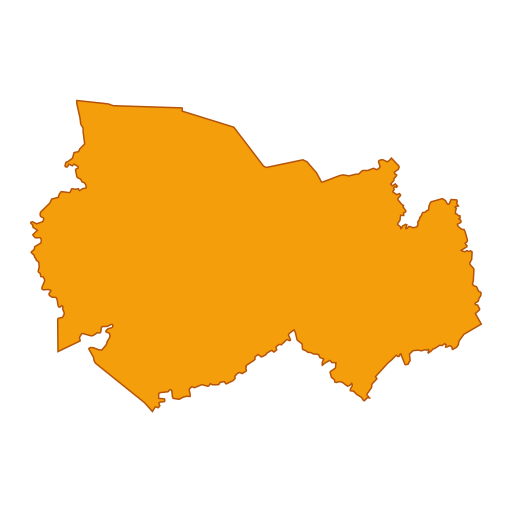 an SVG outline of Novosibirsk
{"feature_id": "RUS-2403", "entity_name": "Novosibirsk", "entity_type": "Region", "adm_level": 1, "iso_a3": "RUS", "parent_name": "Russia", "parent_adm1": "", "projection": "mercator", "projection_center": [80.57, 55.289], "detail": "fine", "context": "isolated", "style": "filled", "palette": "amber", "viewbox_px": 512, "rotation_deg": 0, "n_neighbors": 0, "source": "natural_earth", "source_scale": "10m", "svg_char_len": 6000}
<svg xmlns="http://www.w3.org/2000/svg" viewBox="0 0 512 512"><path d="M101.9,350.0L106.3,344.7L107.2,341.6L109.7,337.4L109.9,335.5L109.5,333.7L108.7,332.9L106.4,332.2L105.8,331.3L106.4,330.2L108.2,328.7L111.8,327.7L112.6,326.9L112.9,325.2L112.3,324.5L111.2,324.4L107.2,326.4L102.2,326.6L101.3,327.7L100.8,332.0L100.0,332.9L97.2,332.8L93.4,335.4L91.4,335.9L82.5,333.5L81.6,333.9L79.9,336.7L79.5,337.9L80.2,340.9L58.0,351.6L57.7,319.3L58.2,318.3L62.5,317.4L64.0,314.6L64.2,312.8L62.6,308.8L63.0,306.9L62.6,306.2L61.6,305.6L60.1,307.1L58.7,306.9L58.0,305.1L57.3,300.6L56.5,298.0L55.7,297.4L52.0,297.2L49.3,295.4L49.0,293.6L50.9,290.9L50.7,290.2L48.3,289.5L43.2,289.8L42.0,289.0L41.9,287.3L44.0,282.6L44.6,280.7L44.6,279.7L43.3,277.0L40.7,276.5L40.3,273.6L38.3,271.9L38.2,270.8L39.2,267.4L38.9,262.9L38.4,261.7L36.2,260.2L35.9,258.6L34.7,257.4L34.0,255.1L31.2,252.5L31.4,251.8L34.1,249.6L34.8,246.6L40.9,243.0L41.3,240.5L40.8,238.3L40.1,237.7L35.3,237.8L33.0,235.3L32.9,234.6L37.4,230.3L32.9,227.2L32.9,225.4L30.9,223.3L30.7,222.8L31.1,222.1L32.6,221.8L36.5,223.8L42.7,221.7L43.5,219.8L43.7,218.5L43.3,217.8L41.1,216.8L40.3,215.8L40.1,213.5L40.8,211.9L49.9,203.0L51.6,199.1L58.4,197.3L59.2,194.2L61.2,191.6L69.2,192.6L70.3,192.0L71.3,189.4L71.9,188.7L75.7,189.3L78.5,188.7L78.9,190.1L79.5,190.6L83.0,188.5L85.7,188.2L86.3,187.6L85.8,184.9L84.5,182.8L82.1,181.9L80.5,179.1L77.6,177.7L76.9,176.8L75.5,169.9L75.8,169.2L78.2,168.0L78.1,166.8L77.8,166.4L74.1,164.1L72.4,165.8L69.0,164.2L67.4,166.8L66.6,167.1L65.3,166.6L65.0,165.5L65.9,162.4L68.0,161.5L72.5,158.2L74.0,152.6L78.5,151.6L79.7,149.0L84.7,143.9L83.1,131.9L83.1,128.6L82.8,127.4L81.6,125.8L80.7,123.8L80.0,117.9L76.8,103.7L76.8,100.5L108.1,103.9L113.3,105.7L182.1,107.9L182.3,111.2L233.8,127.2L263.5,166.1L266.2,167.5L302.9,159.8L307.0,161.8L316.5,172.8L321.4,181.9L322.5,182.1L339.9,175.5L343.3,174.9L349.0,175.9L355.7,174.2L357.9,174.2L359.0,173.8L361.7,171.1L362.8,170.5L367.7,170.5L373.5,168.3L376.7,169.7L378.8,168.5L380.1,166.6L378.5,161.9L378.6,161.2L379.2,160.5L381.0,159.8L383.0,159.8L387.3,161.8L389.5,160.3L391.4,158.1L398.9,166.1L399.1,167.4L398.3,169.3L394.3,172.3L395.0,174.0L396.6,174.8L396.6,175.6L393.9,178.8L393.9,180.4L390.7,184.1L392.4,185.9L395.2,183.9L397.4,186.2L396.4,187.3L394.8,186.7L393.9,187.5L393.7,188.3L394.2,189.4L392.9,191.3L392.9,192.0L396.8,194.7L399.4,193.6L400.4,194.6L400.5,195.6L397.9,198.5L397.9,199.7L401.7,204.3L403.5,205.5L403.1,206.9L405.9,211.0L405.6,211.9L403.6,212.9L403.8,215.5L400.6,215.3L399.9,220.5L397.8,223.2L397.6,224.2L397.8,224.7L400.5,226.8L400.8,228.5L401.5,228.2L402.6,226.0L405.7,224.3L406.9,224.9L405.9,227.7L405.9,228.6L407.2,228.3L408.8,226.5L409.4,226.4L413.1,227.7L416.6,227.0L417.9,225.0L417.8,222.0L419.3,219.7L419.9,217.4L421.6,215.2L422.2,213.3L422.8,212.5L425.2,212.2L426.7,210.7L428.5,210.0L429.1,205.6L430.4,202.6L431.2,201.8L442.4,198.6L445.5,200.6L447.2,203.7L448.3,204.3L449.3,203.6L451.1,199.5L456.7,199.9L457.3,201.7L456.6,202.9L456.7,203.5L458.4,206.0L455.2,206.7L455.2,207.3L456.3,208.4L455.6,210.8L455.4,213.6L456.9,214.1L458.3,215.6L459.9,215.8L460.2,217.7L459.0,218.7L459.0,219.0L460.6,220.1L461.1,221.6L460.6,222.6L457.4,224.2L457.5,225.3L458.7,226.9L461.6,229.2L464.2,229.6L465.5,233.0L467.4,239.9L467.3,241.1L466.9,241.9L465.2,243.1L465.6,244.3L467.0,245.7L466.9,246.7L461.2,250.3L462.3,251.1L464.8,251.7L467.1,250.7L468.7,251.5L470.6,250.8L472.1,251.9L471.7,259.4L469.7,263.2L470.1,264.6L473.7,268.6L473.9,269.6L473.4,279.3L473.2,281.3L472.4,283.8L473.6,285.7L476.5,286.7L478.6,291.2L480.5,292.1L481.1,293.0L480.8,295.7L479.2,297.9L478.2,301.3L475.7,302.7L475.0,303.7L475.5,304.5L477.7,305.1L479.7,309.1L479.1,310.2L475.4,313.6L481.3,324.1L463.9,334.3L459.0,341.1L458.3,344.9L456.6,347.2L452.7,349.5L452.2,349.1L452.0,347.1L450.2,345.8L449.1,345.9L447.4,346.9L445.6,347.1L446.0,344.6L444.6,343.7L442.2,345.5L439.6,345.3L434.9,348.4L433.0,349.0L431.1,351.1L428.3,353.0L428.0,352.4L428.9,350.2L428.6,349.5L426.5,350.2L424.8,349.8L421.6,350.8L418.1,350.2L413.1,350.6L409.5,354.0L410.1,360.8L409.0,362.0L408.4,364.0L405.8,364.8L404.9,364.2L400.8,353.9L399.9,354.3L399.4,356.0L398.6,356.5L397.5,356.4L396.8,355.4L396.1,355.3L391.4,360.1L388.3,362.6L375.5,376.6L376.9,378.8L372.3,383.7L371.6,385.2L371.8,386.2L371.3,387.9L366.9,394.2L366.9,394.8L369.5,397.9L367.3,397.8L364.3,400.8L363.3,400.2L361.4,397.3L356.7,394.4L353.6,391.2L350.3,390.7L350.4,389.0L352.1,386.1L352.2,384.4L351.7,383.4L349.6,385.4L347.5,386.2L342.7,382.6L341.0,381.8L338.4,381.8L336.7,382.5L335.0,382.2L334.2,379.5L331.4,377.3L330.1,372.5L330.4,371.5L335.5,368.0L335.9,362.7L331.8,362.6L330.7,361.1L329.6,360.4L324.8,363.2L322.3,365.3L322.1,364.7L322.4,362.0L323.6,359.0L319.9,357.5L318.7,354.8L316.8,354.1L313.4,354.0L311.0,352.6L307.9,352.3L305.5,350.5L302.6,349.4L302.0,343.9L297.1,339.9L295.2,332.0L294.0,329.8L289.2,333.5L288.4,334.9L290.3,339.4L290.5,339.9L290.1,340.5L289.4,340.7L287.7,339.6L286.6,339.7L281.4,344.8L280.1,344.4L278.6,344.7L276.2,346.7L275.9,347.2L276.7,349.8L274.3,351.9L273.5,351.9L272.1,350.6L271.3,350.5L267.1,352.9L265.6,354.9L261.5,357.0L258.0,354.5L255.0,356.9L254.8,357.5L255.1,359.0L254.2,360.2L246.2,365.5L246.0,366.1L246.3,366.8L245.7,367.9L246.4,370.4L246.0,371.2L242.1,373.6L239.7,372.5L237.5,373.3L235.1,376.0L234.8,376.7L235.1,378.2L234.9,378.8L232.9,380.7L226.3,383.9L225.8,383.8L224.4,381.7L220.3,382.2L219.0,384.2L218.2,384.7L212.4,384.8L210.3,383.7L209.0,385.7L207.9,386.3L202.0,384.6L194.7,387.6L193.7,387.6L192.1,386.6L189.6,388.6L189.2,389.6L190.2,394.6L190.1,396.5L186.6,396.3L183.4,397.1L179.1,399.3L173.1,398.4L172.4,396.6L171.8,390.6L171.3,389.9L169.7,389.7L168.3,391.5L167.6,391.8L160.4,392.6L158.7,393.5L158.7,398.4L164.3,398.8L164.8,399.8L164.7,401.1L164.1,401.7L160.5,402.0L159.2,402.6L158.9,403.4L159.8,405.7L159.2,406.8L158.0,407.8L156.1,406.9L155.2,407.0L152.4,411.5L144.6,402.7L95.6,363.3L94.2,360.9L93.4,357.1L88.8,348.9L88.9,348.4L90.5,347.5L93.4,347.7L99.1,349.9L101.9,350.0Z" fill="#f59e0b" stroke="#b45309" stroke-width="1.5"/></svg>